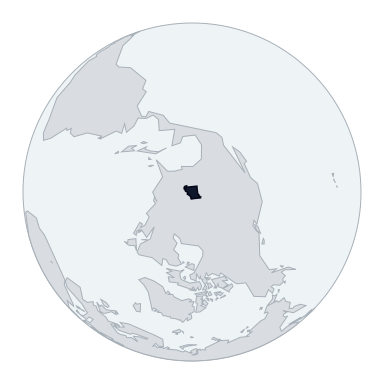 globe centered on Missouri, rotated 173°
{"feature_id": "USA-3531", "entity_name": "Missouri", "entity_type": "State", "adm_level": 1, "iso_a3": "USA", "parent_name": "United States of America", "parent_adm1": "", "projection": "orthographic", "projection_center": [-92.269, 38.302], "detail": "fine", "context": "on_globe", "style": "filled", "palette": "ink", "viewbox_px": 384, "rotation_deg": 173, "n_neighbors": 0, "source": "natural_earth", "source_scale": "10m", "svg_char_len": 10895}
<svg xmlns="http://www.w3.org/2000/svg" viewBox="0 0 384 384"><g transform="rotate(173 192 192)"><circle cx="192" cy="192" r="169" fill="#eef3f6" stroke="#a8b0b8"/><path d="M223.4,358.0L224.0,357.8L227.9,356.8L225.2,357.3L233.8,354.3L229.9,355.4L235.1,351.2L242.7,345.7L251.8,328.1L249.3,325.0L237.8,322.8L224.1,308.4L228.5,300.3L225.2,297.1L236.0,284.0L232.7,273.3L228.7,272.3L225.1,277.2L211.2,271.6L205.7,263.1L160.8,247.9L155.7,242.6L154.9,234.5L137.0,204.4L146.2,231.8L139.7,225.9L134.1,215.8L136.7,213.9L132.1,199.2L126.0,192.5L123.5,173.8L131.6,152.1L133.9,156.4L135.6,151.1L132.8,145.6L130.5,143.3L132.5,120.6L124.8,105.5L117.4,105.5L122.9,102.1L105.6,105.8L98.2,102.5L109.6,103.4L113.1,101.5L109.6,97.6L112.5,94.9L112.4,91.6L116.1,88.8L122.5,90.0L125.0,88.4L122.4,85.8L124.5,81.7L128.0,85.7L132.0,79.1L143.3,80.9L149.6,95.3L158.9,95.4L173.4,108.2L175.2,105.2L181.7,108.7L186.2,106.6L187.6,110.0L189.9,105.5L187.8,102.9L188.1,100.2L190.5,98.8L192.7,102.7L191.9,104.0L193.8,104.5L193.9,107.1L195.2,105.0L197.6,110.2L198.8,103.3L203.8,105.9L204.4,109.8L199.6,111.7L189.2,127.0L188.3,132.4L192.0,137.6L208.8,142.1L209.8,147.4L214.7,152.7L216.3,148.6L213.0,143.0L217.3,137.0L212.8,131.3L213.9,128.2L211.2,121.8L216.7,120.4L223.5,122.7L226.0,128.1L229.1,129.4L230.9,122.7L239.5,131.7L252.1,136.1L253.8,138.9L249.6,146.7L239.2,150.4L233.7,162.1L242.5,152.4L246.5,160.3L249.3,160.9L252.1,159.5L252.6,155.7L255.1,158.2L247.4,168.3L245.1,166.2L247.5,162.9L242.6,164.9L237.5,172.5L239.9,176.3L229.6,185.0L231.2,188.0L229.8,191.8L227.9,186.4L231.1,196.6L219.3,210.6L223.5,228.3L213.8,215.6L206.9,214.8L198.8,215.8L199.4,218.7L188.0,217.2L178.7,223.6L176.8,237.7L181.9,248.1L194.4,248.2L197.5,242.2L206.3,240.3L201.5,256.3L217.1,256.9L216.4,268.1L221.2,273.1L228.6,270.6L236.5,271.9L241.5,264.6L249.8,259.2L250.6,267.9L254.7,258.8L259.8,261.7L276.0,256.1L274.9,258.5L288.7,263.4L302.4,261.2L305.6,265.4L304.1,269.8L308.6,268.3L308.7,270.6L325.5,262.6L333.1,261.4L332.2,268.9L324.5,282.5L314.4,302.2L299.7,315.4L293.8,322.4L278.7,334.6L270.1,338.2L270.4,339.8L263.9,343.4L257.7,345.8L254.8,347.8L250.1,349.4L252.0,349.3L242.0,353.1L241.9,353.4L239.9,354.0L223.4,358.0ZM49.1,193.3L50.0,189.8L50.7,193.2L49.1,193.3ZM49.8,186.8L49.6,188.2L49.6,186.8L49.8,186.8ZM49.3,185.3L49.7,186.4L49.1,185.5L49.3,185.3ZM48.4,183.7L48.9,184.4L48.8,184.5L48.4,183.7ZM223.4,234.3L241.2,239.4L231.8,242.3L233.5,240.5L228.8,237.9L220.3,236.0L211.9,238.9L223.4,234.3ZM47.5,180.2L47.3,179.3L47.9,179.6L47.5,180.2ZM229.7,223.4L226.7,223.2L229.5,222.6L229.7,223.4ZM129.1,142.8L132.4,145.8L133.9,152.0L130.8,149.8L129.1,142.8ZM126.7,131.6L129.0,131.9L126.9,137.2L126.2,135.4L126.7,131.6ZM111.5,106.3L113.7,108.2L110.5,107.4L111.5,106.3ZM111.8,91.7L110.2,92.1L110.9,90.2L111.8,91.7ZM208.4,123.0L209.8,122.4L209.5,123.9L208.4,123.0ZM205.9,120.9L204.6,123.0L203.2,122.4L204.1,121.0L205.9,120.9ZM117.1,84.4L118.6,81.5L118.2,84.6L117.1,84.4ZM207.8,118.4L201.0,120.9L198.6,119.8L199.7,113.9L207.8,118.4ZM120.2,80.0L123.7,73.4L120.6,73.6L131.4,69.7L124.8,76.4L124.8,80.0L122.8,78.8L120.2,80.0ZM186.1,102.7L188.4,105.4L184.2,104.4L186.1,102.7ZM183.3,102.7L169.8,104.4L167.5,99.9L172.4,100.2L167.6,95.7L173.1,92.7L177.0,94.5L177.4,97.9L179.2,94.2L183.3,102.7ZM136.8,68.9L138.6,67.6L137.9,69.2L136.8,68.9ZM187.9,99.0L185.4,99.6L183.2,95.7L187.8,93.9L187.0,95.7L187.9,99.0ZM163.7,96.1L162.9,93.1L167.1,89.8L167.3,88.2L173.0,92.3L163.7,96.1ZM188.7,95.9L190.2,93.1L193.4,93.7L190.2,98.2L188.7,95.9ZM180.6,95.6L179.8,93.7L181.8,94.1L180.6,95.6ZM205.8,95.0L202.8,95.6L201.4,93.6L205.8,95.0ZM190.5,92.0L189.4,91.8L188.5,91.1L190.1,89.5L190.5,92.0ZM175.6,89.8L177.5,89.1L173.5,87.9L176.5,85.6L179.8,88.8L179.6,86.4L180.5,85.8L182.2,89.2L175.6,89.8ZM189.1,85.9L194.3,89.6L200.1,88.9L201.5,90.6L191.9,91.4L189.1,85.9ZM184.9,87.5L187.8,86.9L188.1,89.2L186.2,91.0L184.9,87.5ZM177.3,83.0L171.9,85.7L171.4,84.9L177.3,83.0ZM190.7,85.2L189.4,84.4L191.1,84.9L190.7,85.2ZM181.4,83.1L179.5,84.1L179.0,83.2L181.4,83.1ZM188.4,82.0L190.1,83.1L188.9,84.3L188.4,82.0ZM185.1,82.1L184.8,80.6L187.4,84.1L184.4,82.7L185.1,82.1ZM181.2,82.1L180.2,81.9L182.0,81.8L181.2,82.1ZM191.9,76.9L195.5,81.0L192.9,83.6L189.8,79.2L191.9,76.9ZM301.5,63.3L309.5,70.9L306.7,69.2L293.8,57.8L283.2,49.8L281.8,48.9L284.5,51.5L278.0,47.6L285.0,52.4L285.2,51.9L289.5,55.1L289.6,55.8L287.3,54.2L289.4,56.5L299.8,63.8L301.1,64.2L309.0,72.7L311.9,74.3L315.5,78.0L311.8,76.8L309.1,74.7L305.7,77.6L309.3,80.5L312.7,78.1L313.5,79.9L318.4,84.4L315.2,82.3L310.5,84.8L314.9,94.3L327.5,112.6L328.6,118.8L326.3,122.1L314.6,111.0L313.5,98.7L309.3,95.2L303.5,95.2L303.6,91.7L301.1,90.4L300.1,86.0L292.7,78.3L290.8,74.1L282.1,70.0L280.0,67.5L285.7,70.5L288.7,70.7L283.2,61.4L280.4,59.3L275.2,57.5L274.4,55.4L270.0,54.9L264.1,49.9L267.7,55.9L261.7,54.6L255.0,51.3L253.7,52.1L264.6,57.6L268.4,59.0L270.6,58.3L281.5,63.8L284.7,67.3L275.8,66.2L279.2,71.3L270.8,68.7L246.3,54.3L239.0,49.4L239.1,42.0L244.1,43.1L246.6,46.2L249.6,43.8L246.8,43.7L246.1,42.2L240.2,41.2L239.4,40.1L235.1,41.2L233.5,39.8L236.2,39.1L226.1,37.0L221.2,34.5L219.2,34.6L218.6,35.4L212.8,32.1L211.6,32.3L213.1,33.5L211.7,34.8L207.1,36.1L205.3,34.8L206.7,34.2L207.1,31.3L211.2,30.2L210.0,29.9L206.0,30.6L205.6,34.1L203.3,35.2L202.8,33.4L202.8,34.1L201.1,34.3L197.7,33.5L198.0,35.5L181.7,41.1L173.6,40.5L175.0,37.9L161.8,41.9L153.7,41.8L155.1,42.7L149.6,45.9L152.1,45.9L152.3,46.6L139.6,55.7L135.2,57.2L131.2,63.1L131.9,63.7L134.9,62.8L131.4,69.7L120.6,73.6L119.6,72.0L113.5,75.9L112.0,71.8L107.9,70.5L109.8,64.4L106.4,64.3L104.4,66.0L98.3,67.4L92.7,65.4L106.0,59.8L116.2,63.3L112.8,61.0L116.2,59.5L116.6,57.6L114.0,56.4L112.1,57.5L121.3,47.0L120.2,42.8L113.9,46.9L108.7,49.2L102.0,50.1L105.8,46.7L116.6,40.8L127.9,35.7L139.4,31.4L151.3,28.0L163.3,25.5L175.5,23.8L187.8,23.1L200.1,23.2L212.4,24.3L224.6,26.2L236.6,29.0L248.3,32.7L259.8,37.2L270.9,42.6L281.6,48.7L291.8,55.7L301.5,63.3ZM359.3,168.5L359.6,192.3L357.5,193.2L349.6,185.1L347.9,174.7L343.6,167.2L328.8,119.9L330.1,115.5L323.5,94.6L323.5,93.0L329.0,99.3L327.9,92.2L321.9,84.6L318.0,79.5L326.0,89.0L333.2,99.2L339.6,109.8L345.3,120.9L350.1,132.4L354.1,144.2L357.1,156.3L359.3,168.5ZM339.1,138.3L340.7,140.8L339.1,138.3ZM258.6,36.7L257.8,36.4L260.5,37.6L271.0,42.7L270.9,42.6L258.6,36.7ZM276.5,255.8L278.5,256.8L276.0,257.8L276.5,255.8ZM230.9,246.4L234.5,246.0L236.5,247.0L233.8,248.0L230.9,246.4ZM260.1,239.8L264.1,239.4L260.1,241.4L260.1,239.8ZM243.9,239.9L257.0,240.4L249.4,245.2L241.1,244.9L246.6,242.8L243.9,239.9ZM228.8,229.3L231.1,229.6L230.7,231.5L228.8,229.3ZM231.8,223.0L230.9,223.3L229.6,222.0L231.8,223.0ZM246.9,159.7L247.6,159.0L250.7,158.2L249.6,160.1L246.9,159.7ZM261.6,147.0L265.3,151.3L262.0,149.3L261.3,152.5L253.4,152.6L254.2,140.4L255.3,145.7L261.6,147.0ZM243.2,149.9L248.1,150.9L242.7,150.3L243.2,149.9ZM288.2,88.7L289.8,87.6L293.1,90.0L295.5,96.5L290.8,92.9L288.2,88.7ZM291.3,85.5L281.8,83.2L279.9,79.5L282.6,81.9L282.3,79.6L286.5,83.0L294.1,82.1L297.4,84.3L300.0,94.3L297.3,89.6L295.9,90.9L291.3,85.5ZM260.8,87.5L256.7,87.5L258.0,79.3L261.7,80.4L264.3,86.5L261.5,89.0L260.8,87.5ZM211.0,108.0L209.3,109.2L208.7,108.0L209.6,106.0L211.0,108.0ZM204.5,95.4L217.7,101.7L216.4,103.3L225.6,105.6L225.9,110.8L219.9,109.1L227.1,115.0L221.8,115.6L227.0,119.3L213.7,114.9L209.2,115.9L214.0,112.7L213.9,107.8L212.5,106.0L205.2,101.8L195.5,102.1L193.9,97.7L195.2,94.5L197.3,93.7L197.7,96.8L200.2,93.6L202.4,97.5L204.5,95.4ZM212.3,64.7L211.9,67.7L217.2,63.7L219.4,66.8L219.9,66.2L223.4,68.1L228.5,69.4L228.9,71.1L230.7,70.9L233.1,72.3L235.7,72.7L237.2,75.9L240.6,76.7L239.4,77.8L244.7,78.5L241.4,79.5L244.2,81.7L245.9,79.5L247.6,97.9L250.9,105.4L255.5,111.4L249.2,112.9L240.9,108.5L232.6,101.6L230.3,94.4L227.9,96.6L226.1,93.9L228.8,93.3L223.6,92.7L222.8,90.3L215.4,85.4L208.4,86.4L205.5,84.8L207.9,83.3L203.4,82.8L205.9,78.9L203.9,77.8L204.4,73.0L210.1,71.0L207.5,69.9L207.7,66.5L212.3,64.7ZM192.3,75.5L198.6,72.0L203.0,72.1L200.3,80.4L201.8,82.0L200.2,87.7L193.9,87.6L194.9,85.9L194.5,84.3L196.6,84.9L194.6,83.2L195.9,80.9L194.7,79.0L197.1,78.3L192.3,75.5ZM320.5,89.0L319.9,87.6L318.4,84.8L321.4,87.8L320.5,89.0ZM317.5,90.8L316.6,89.0L320.1,91.4L320.7,93.2L317.5,90.8ZM313.0,86.1L316.2,88.7L314.8,88.3L313.0,86.1ZM284.5,68.9L283.1,67.2L284.2,67.3L286.4,68.7L284.5,68.9ZM228.4,55.0L227.5,56.3L226.3,56.0L221.6,57.4L219.6,55.4L221.6,53.8L228.4,55.0ZM315.3,77.4L313.7,75.1L316.2,78.2L315.3,77.4ZM225.4,53.0L223.6,53.8L223.7,52.4L225.4,53.0ZM217.8,54.1L217.3,52.4L218.8,55.4L217.8,54.1ZM205.5,39.7L214.3,39.6L219.4,38.8L220.1,37.0L222.9,39.8L215.1,41.0L205.5,39.7ZM184.8,40.9L184.3,42.9L182.0,42.4L181.8,41.9L184.8,40.9ZM186.3,41.8L190.3,43.7L188.3,45.2L185.5,43.4L186.3,41.8ZM208.1,47.5L210.9,47.5L210.8,48.6L208.1,47.5ZM87.9,58.9L87.8,59.0L90.6,57.0L89.9,57.8L85.8,60.7L84.0,62.1L87.9,58.9ZM92.1,56.0L96.0,54.5L90.1,59.1L87.9,60.5L88.6,59.2L91.7,56.7L92.1,56.0ZM95.2,55.6L98.2,53.4L110.4,48.9L111.4,49.2L99.1,54.5L101.3,52.7L99.3,53.2L95.2,55.6ZM137.3,67.1L138.5,67.6L136.6,68.1L137.3,67.1ZM153.8,46.6L153.8,47.7L151.6,48.1L153.8,46.6ZM152.7,51.1L155.2,49.8L153.2,51.6L152.7,51.1ZM160.7,47.0L156.5,49.5L159.4,46.4L160.7,47.0Z" fill="#d9dde1" stroke="#a8b0b8" stroke-width="1"/><path d="M184.4,185.9L184.5,185.8L184.4,185.8L184.4,185.7L184.3,185.4L184.2,185.3L184.2,185.2L185.1,185.1L186.1,185.2L187.1,185.2L187.8,185.3L188.1,185.3L189.1,185.2L190.2,185.3L191.8,185.2L192.7,185.2L193.0,185.2L193.3,185.2L193.3,185.3L193.5,185.5L193.7,185.8L193.8,185.8L193.7,186.1L193.7,186.3L193.7,186.5L193.8,187.0L193.9,187.3L193.9,187.5L194.0,187.5L194.0,187.8L194.6,188.4L194.7,188.5L194.8,188.6L195.3,189.0L195.5,189.2L195.5,189.3L195.5,189.5L195.6,189.8L195.7,190.1L195.8,190.2L195.9,190.3L196.0,190.2L196.3,190.0L196.6,190.1L196.8,190.2L196.9,190.3L196.9,190.5L196.8,190.8L196.8,191.0L196.7,191.1L196.5,191.6L196.4,191.8L196.4,192.0L196.5,192.2L196.6,192.3L196.7,192.5L196.8,192.6L197.0,192.8L197.3,192.9L197.5,193.0L197.9,193.3L198.0,193.4L198.1,193.5L198.3,193.7L198.4,193.8L198.4,194.0L198.5,194.2L198.5,194.3L198.6,194.6L198.5,194.8L198.4,194.8L198.4,195.0L198.5,195.0L198.6,195.3L198.8,195.5L199.0,195.7L199.2,195.8L199.3,195.8L199.4,196.0L199.4,196.3L199.4,196.5L199.2,196.9L199.2,197.0L199.0,196.9L198.9,196.8L198.8,197.0L198.7,197.2L198.7,197.3L198.6,197.2L198.4,197.1L198.5,197.3L198.4,197.3L198.5,197.5L198.4,197.7L198.3,197.8L198.2,198.0L198.3,198.2L198.3,198.3L198.2,198.4L198.2,198.5L196.5,198.8L196.5,198.7L196.7,198.4L196.8,198.4L196.8,198.2L197.0,198.2L197.2,197.9L197.2,197.7L197.1,197.4L186.4,197.2L186.5,195.4L186.6,189.5L186.6,189.4L186.4,189.4L186.2,189.3L186.2,189.2L186.0,188.9L186.0,188.7L185.9,188.7L185.7,188.5L185.7,188.4L185.5,188.2L185.7,187.9L185.8,187.8L185.9,187.7L186.0,187.7L186.1,187.4L185.9,187.3L186.0,187.3L186.0,187.2L185.9,187.2L185.7,187.3L185.5,187.2L185.4,187.2L185.2,187.0L185.1,186.8L184.9,186.8L184.9,186.7L184.9,186.4L184.8,186.2L184.7,186.1L184.5,185.9L184.4,185.9Z" fill="#0f172a" stroke="#020617" stroke-width="1.5"/></g></svg>